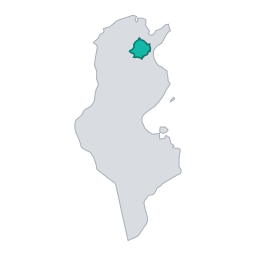 where Zaghouan sits in Tunisia
{"feature_id": "TUN-120", "entity_name": "Zaghouan", "entity_type": "Governorate", "adm_level": 1, "iso_a3": "TUN", "parent_name": "Tunisia", "parent_adm1": "", "projection": "mercator", "projection_center": [10.024, 36.33], "detail": "fine", "context": "in_parent", "style": "filled", "palette": "teal", "viewbox_px": 256, "rotation_deg": 0, "n_neighbors": 0, "source": "natural_earth", "source_scale": "10m", "svg_char_len": 3708}
<svg xmlns="http://www.w3.org/2000/svg" viewBox="0 0 256 256"><path d="M180.3,149.4L180.2,150.2L179.3,156.1L179.1,158.3L179.0,161.9L179.0,166.2L181.1,169.9L181.1,171.5L180.3,173.4L176.4,175.5L171.5,178.3L167.2,180.9L162.5,183.7L161.0,185.6L158.7,187.0L156.7,188.4L156.4,189.8L155.0,192.4L153.2,194.4L148.8,195.4L148.0,196.0L145.9,199.1L144.9,200.3L143.8,202.8L145.3,209.4L147.1,216.1L147.5,218.9L147.5,221.2L146.4,223.7L144.0,227.3L142.3,229.9L139.0,234.7L138.0,235.8L135.7,237.2L131.2,239.0L128.1,240.6L126.5,233.4L125.1,227.3L124.0,222.2L122.0,213.2L120.3,205.6L118.7,198.0L117.1,191.0L115.6,184.0L114.9,183.0L110.3,179.7L106.1,176.6L101.7,173.1L96.9,169.3L96.1,164.6L93.7,157.4L91.1,153.3L90.1,152.3L84.9,149.7L81.9,147.7L81.1,146.6L80.5,143.7L78.3,137.8L75.9,132.5L75.0,128.8L74.9,124.3L75.4,121.0L76.4,119.6L81.5,115.4L83.9,110.5L86.8,108.6L89.3,107.2L91.4,105.6L93.2,102.9L94.6,100.1L94.8,97.1L95.4,92.3L96.3,88.9L98.5,85.1L97.6,82.0L96.5,78.6L96.8,72.9L96.5,70.5L95.6,68.4L94.6,65.7L94.6,63.5L95.5,57.7L96.2,53.2L97.3,47.3L96.9,45.7L96.1,44.5L93.6,43.2L93.6,42.4L94.2,41.5L97.9,38.7L99.8,34.5L101.5,33.6L103.9,32.1L103.9,30.4L103.3,28.7L109.8,26.7L116.0,21.5L118.2,20.2L132.5,15.4L134.4,15.7L136.5,16.4L135.9,18.2L135.1,19.6L136.3,22.1L138.0,20.6L137.6,19.6L137.5,18.2L140.4,18.1L143.0,18.3L145.9,19.8L145.7,25.5L149.5,31.0L148.4,33.8L151.6,35.4L154.4,33.5L155.8,30.6L160.9,28.9L165.8,24.6L168.5,24.2L169.1,27.7L170.4,30.7L168.5,31.8L166.2,35.0L161.7,43.2L157.6,45.6L154.6,48.8L153.6,51.0L153.3,53.6L154.0,58.3L156.3,63.0L158.9,65.8L161.3,66.7L167.1,71.2L167.1,73.8L167.9,77.0L168.2,80.8L170.2,83.9L165.9,90.5L163.5,95.3L158.9,101.9L154.8,106.2L146.0,112.5L143.8,114.6L142.4,116.8L141.8,119.1L142.0,121.7L144.9,128.3L148.8,132.1L152.7,134.2L159.5,133.4L159.3,135.9L159.7,138.9L162.5,138.7L164.4,138.3L165.9,135.4L169.3,137.4L171.0,143.5L173.8,145.4L174.1,146.1L173.1,146.5L172.4,147.2L173.2,147.7L175.9,148.5L177.6,148.0L180.3,149.4ZM165.9,132.3L165.2,132.5L164.0,133.3L163.3,133.4L161.4,132.5L160.6,132.5L159.7,131.8L160.0,128.1L160.3,127.1L165.0,126.9L167.5,129.1L167.9,129.7L168.0,130.3L166.9,131.6L165.9,132.3ZM174.3,99.5L170.3,101.8L171.1,99.8L173.7,97.4L174.4,98.0L174.3,99.5Z" fill="#d9dde1" stroke="#a8b0b8" stroke-width="1"/><path d="M149.7,44.0L149.7,46.3L149.7,46.9L149.8,47.1L150.0,47.3L150.3,47.4L150.4,49.3L150.3,49.8L149.9,50.1L149.8,50.3L149.7,50.4L149.8,50.5L150.1,50.9L150.1,51.2L150.1,51.4L150.0,51.5L148.1,51.9L148.0,52.0L147.8,52.1L147.7,52.2L147.7,52.4L147.8,52.8L147.8,53.0L147.7,53.8L147.5,54.1L147.4,54.3L147.1,54.5L146.9,54.7L146.2,55.0L144.6,55.5L144.2,55.8L143.9,56.2L143.8,56.5L143.4,56.8L143.2,56.9L142.8,56.7L142.7,56.5L142.5,57.0L142.4,58.2L142.3,58.3L142.2,58.6L142.0,58.9L141.9,59.0L141.7,59.0L141.6,58.9L140.9,58.2L140.7,58.1L140.4,57.9L139.3,57.7L139.0,57.6L138.2,57.1L137.3,57.1L134.9,57.4L134.4,57.4L134.1,57.3L133.6,57.1L134.1,56.5L134.2,56.2L134.3,56.0L134.4,55.7L134.4,55.4L134.3,55.1L134.2,54.4L134.1,54.1L134.0,53.9L133.9,53.8L133.6,53.6L132.3,53.1L131.1,52.8L130.8,52.6L130.6,52.4L129.6,51.5L129.5,51.4L129.5,51.2L129.7,50.9L129.9,50.8L130.5,50.5L132.2,49.5L132.7,49.0L133.3,48.3L133.6,47.8L133.8,47.5L134.1,46.6L134.1,46.4L134.1,46.2L134.0,45.6L133.7,44.9L134.0,44.1L134.8,43.0L134.8,42.8L134.9,42.5L135.4,42.0L137.0,40.7L137.7,40.4L138.0,40.2L138.4,39.2L138.9,38.4L139.0,38.2L139.4,38.0L139.5,38.0L139.8,38.2L139.9,38.3L140.0,38.6L140.5,39.6L140.7,39.8L141.0,40.0L141.3,40.1L141.5,40.1L141.8,40.0L142.1,40.0L142.5,40.2L143.6,40.7L144.3,41.2L144.4,41.4L146.8,43.6L147.0,43.9L147.0,44.0L146.9,44.1L147.0,44.3L147.0,44.5L147.2,44.8L147.4,44.9L147.5,44.8L148.6,44.2L148.9,44.1L149.1,44.0L149.7,44.0Z" fill="#14b8a6" stroke="#0f766e" stroke-width="1.5"/></svg>